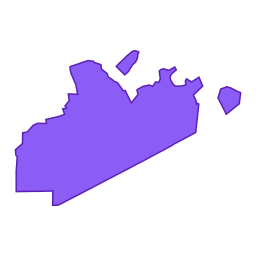 Norfolk, Massachusetts, United States of America
{"feature_id": "52423323B66944886224636", "entity_name": "Norfolk", "entity_type": "district", "adm_level": 2, "iso_a3": "USA", "parent_name": "United States of America", "parent_adm1": "Massachusetts", "projection": "albers", "projection_center": [-71.138, 42.168], "detail": "fine", "context": "isolated", "style": "filled", "palette": "violet", "viewbox_px": 256, "rotation_deg": 0, "n_neighbors": 0, "source": "geoboundaries", "source_scale": "gbopen_adm2", "svg_char_len": 1512}
<svg xmlns="http://www.w3.org/2000/svg" viewBox="0 0 256 256"><path d="M112.5,79.7L108.1,76.9L107.3,73.7L101.3,68.9L101.1,66.0L100.9,64.6L94.4,62.5L93.3,61.2L87.9,60.6L70.0,66.7L70.3,70.6L71.1,73.6L75.9,84.8L77.6,94.3L68.3,93.9L69.2,100.7L65.0,105.9L66.5,108.2L62.7,108.9L64.6,114.3L59.1,116.4L52.0,118.0L45.8,119.5L46.5,123.5L37.7,123.3L33.4,125.1L27.1,132.1L22.7,132.7L22.5,143.5L15.4,149.8L15.9,155.2L17.2,156.7L16.2,171.5L16.2,185.5L16.2,191.6L28.8,191.4L39.3,191.3L52.8,191.0L52.7,205.3L58.1,205.2L82.0,192.9L106.0,180.3L112.0,177.2L116.4,174.9L119.5,173.3L128.9,168.4L136.9,164.1L147.1,158.8L153.1,155.5L164.3,149.6L165.4,149.0L171.6,145.7L174.4,143.8L178.1,141.9L188.2,136.5L195.7,132.5L198.8,104.0L197.6,103.5L196.5,104.0L196.4,102.3L195.4,99.1L193.6,95.9L193.7,94.8L202.7,86.1L199.0,77.2L191.6,81.9L186.5,78.9L185.4,80.9L185.8,84.8L182.4,85.9L175.6,86.2L173.4,84.6L170.6,79.8L170.4,78.8L170.2,77.5L171.0,74.5L176.3,69.8L174.7,67.0L169.0,70.3L163.3,68.8L160.6,69.7L159.2,71.0L160.3,78.9L158.8,82.2L155.5,82.0L152.7,86.4L149.3,85.0L142.9,86.4L138.3,88.9L136.9,90.0L138.0,94.5L131.3,102.9L125.2,90.5L123.5,90.9L117.5,82.7L113.4,80.8L112.5,79.7ZM240.6,92.6L238.1,91.7L230.9,88.0L226.9,86.7L220.7,89.1L218.0,97.9L226.3,114.2L238.0,104.8L239.3,103.8L240.6,92.6ZM123.1,59.7L119.3,63.2L116.3,66.5L120.7,70.9L124.7,74.8L128.4,71.6L132.5,64.7L134.8,62.9L136.4,60.6L137.6,57.5L137.6,55.5L138.8,52.0L136.6,51.1L134.3,50.7L132.0,51.6L126.5,56.2L123.1,59.7Z" fill="#8b5cf6" stroke="#5b21b6" stroke-width="1.5"/></svg>